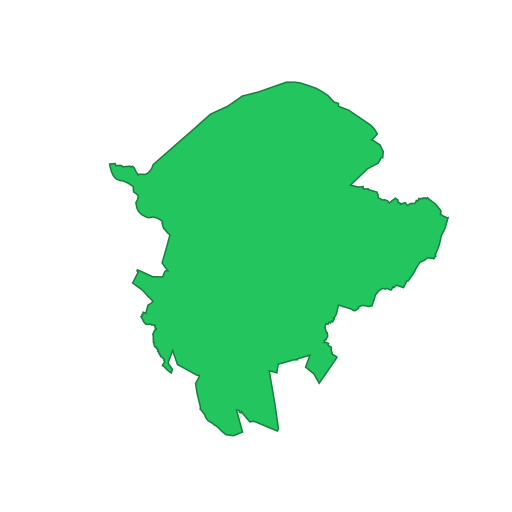 the district of Kota Palembang, Sumatera Selatan, Indonesia, rotated 110°
{"feature_id": "22746128B87825164980488", "entity_name": "Kota Palembang", "entity_type": "district", "adm_level": 2, "iso_a3": "IDN", "parent_name": "Indonesia", "parent_adm1": "Sumatera Selatan", "projection": "orthographic", "projection_center": [104.768, -2.979], "detail": "fine", "context": "isolated", "style": "filled", "palette": "green", "viewbox_px": 512, "rotation_deg": 110, "n_neighbors": 0, "source": "geoboundaries", "source_scale": "gbopen_adm2", "svg_char_len": 6009}
<svg xmlns="http://www.w3.org/2000/svg" viewBox="0 0 512 512"><g transform="rotate(110 256 256)"><path d="M110.4,323.6L124.8,333.7L138.5,347.5L138.9,347.6L151.9,354.7L152.3,354.8L205.3,383.9L208.2,383.8L211.6,384.5L215.1,386.0L216.3,387.1L217.4,388.4L218.7,392.8L219.2,393.7L220.2,394.6L217.9,397.4L214.9,400.5L213.9,402.6L215.2,404.2L214.6,404.9L217.8,411.8L217.1,412.8L217.0,413.7L218.9,418.7L217.3,420.0L219.6,425.0L222.7,423.2L226.6,420.3L228.9,418.0L230.3,416.1L231.2,413.9L231.5,413.0L231.6,409.5L230.9,406.8L231.2,401.9L232.1,397.5L232.6,395.7L233.0,394.9L235.8,393.9L237.7,392.7L238.0,392.0L238.4,390.0L238.9,388.9L239.4,387.7L240.4,387.0L243.5,386.6L245.0,386.8L246.5,387.1L247.2,387.0L251.3,384.6L252.7,383.4L254.0,382.0L255.3,379.7L255.8,380.0L255.3,379.7L256.2,377.7L256.7,374.2L256.9,371.2L256.8,370.0L254.7,366.6L254.3,364.3L254.2,361.5L254.5,359.8L255.2,356.6L255.5,355.8L256.0,355.2L256.9,356.0L256.8,355.9L257.4,355.3L259.3,354.1L261.5,352.4L262.5,350.4L264.4,347.3L265.6,344.1L279.7,342.9L294.6,341.9L300.1,333.8L300.6,335.4L301.3,336.4L301.2,336.4L307.6,336.6L310.8,345.9L309.6,360.3L309.6,362.7L310.0,362.9L310.2,362.6L311.2,362.3L311.5,361.2L323.6,362.7L326.9,351.1L331.3,342.9L331.4,342.1L333.9,337.3L336.5,338.6L339.2,340.7L346.9,340.0L347.5,339.6L347.4,342.8L349.9,342.5L350.1,343.1L351.2,342.5L352.3,343.4L354.4,340.8L354.7,340.6L355.1,340.0L355.8,339.7L357.6,336.7L357.8,336.2L357.3,334.4L356.7,333.0L356.6,332.9L356.0,332.2L356.3,330.9L356.6,330.6L355.9,328.4L355.6,327.1L356.0,326.9L356.8,326.9L357.2,326.2L357.6,326.1L358.1,326.2L358.4,324.9L358.7,324.9L359.0,324.7L359.3,325.1L359.5,324.9L359.7,325.1L359.9,325.5L360.5,325.8L361.4,326.0L361.7,325.8L362.4,326.1L363.4,326.0L363.5,325.9L363.8,325.9L364.0,326.2L364.7,326.2L364.8,325.9L365.4,325.8L365.8,325.6L366.1,325.2L367.0,325.0L367.7,324.6L368.2,324.5L368.9,324.1L369.5,324.1L369.9,323.5L370.3,323.4L370.8,323.5L371.8,323.1L372.0,322.8L372.0,322.5L372.2,322.4L372.5,322.7L372.8,322.4L372.7,322.0L372.8,321.8L373.3,321.6L373.9,321.6L374.6,321.2L375.7,320.1L375.7,319.6L375.9,319.5L375.7,319.1L376.1,318.9L376.0,318.6L376.5,318.2L377.4,316.9L377.1,316.6L377.1,316.4L377.9,315.9L378.2,315.9L378.7,315.5L379.0,315.6L378.9,315.2L379.4,315.2L379.7,314.9L379.8,314.5L380.4,313.8L380.4,313.5L381.0,313.6L381.3,313.4L381.2,313.2L381.8,312.5L381.9,311.7L382.4,311.8L382.7,311.6L383.3,310.7L383.3,309.7L384.6,306.8L384.8,306.7L385.5,307.0L385.7,306.8L386.0,306.2L386.4,305.8L386.9,305.7L390.9,306.5L391.8,303.6L393.1,301.2L393.9,299.2L394.8,296.4L394.9,295.6L391.6,295.6L391.2,295.8L390.9,296.0L387.4,301.2L386.4,301.9L385.5,302.1L373.4,302.0L384.8,292.7L388.3,270.4L387.5,268.4L388.1,268.1L389.8,268.2L396.4,269.2L402.0,266.2L406.0,263.9L416.1,257.1L418.1,256.2L418.3,256.0L418.5,256.2L419.1,256.1L419.5,254.9L422.9,249.6L423.9,249.0L425.0,247.9L427.1,244.9L428.0,240.0L429.1,237.1L429.2,235.6L429.8,233.6L430.4,232.1L432.6,227.8L434.2,223.1L432.6,215.7L426.0,208.4L425.8,208.6L407.3,221.7L406.7,219.3L408.5,218.1L408.5,216.3L407.2,216.3L408.4,214.7L414.0,205.1L412.0,201.2L413.2,176.0L410.9,175.7L390.4,186.6L359.3,204.3L358.7,196.5L350.1,198.1L340.8,185.2L339.3,181.6L338.6,182.1L330.8,171.4L343.5,171.4L347.1,161.1L354.0,153.1L323.7,145.2L323.2,145.5L323.0,146.0L323.0,146.4L322.8,146.7L322.3,150.4L321.8,150.8L321.6,151.1L321.1,151.5L320.7,151.5L320.4,151.7L319.7,152.5L318.8,153.3L316.6,153.6L316.0,154.1L315.7,154.7L315.8,156.3L315.2,157.3L314.5,158.1L313.4,157.9L313.3,159.5L313.1,161.1L314.3,161.9L314.2,162.2L313.4,162.8L312.4,162.9L310.9,162.3L311.0,161.7L306.8,161.2L306.5,161.3L304.9,162.2L304.3,162.8L303.7,162.8L303.5,163.6L302.8,164.4L302.5,164.4L302.3,165.0L299.6,166.6L299.6,166.9L295.7,167.3L295.7,165.0L293.3,164.7L293.5,163.1L291.4,162.6L291.7,161.5L290.0,161.1L289.0,161.1L289.0,161.3L287.6,161.2L287.7,162.0L285.4,160.9L283.3,160.6L274.0,161.7L273.6,158.1L273.8,157.2L273.5,155.5L273.6,154.0L273.4,152.2L273.3,149.2L273.9,145.0L273.3,144.1L272.5,143.3L270.0,141.8L269.1,142.2L266.8,140.2L265.8,138.3L265.6,137.5L265.6,136.5L265.1,135.5L265.2,133.7L264.7,132.4L264.3,131.7L264.0,131.6L263.2,129.9L260.9,130.1L260.3,130.0L259.4,130.2L258.8,130.1L256.3,130.1L251.8,130.4L246.5,128.6L245.9,128.0L245.0,127.6L243.2,125.6L242.8,124.8L243.0,123.3L241.7,122.2L241.9,117.5L239.4,116.8L238.1,116.7L238.5,115.7L235.4,114.0L235.3,106.6L227.6,105.6L227.4,104.5L219.3,102.2L216.5,101.8L216.5,101.6L214.8,101.6L212.6,101.3L205.8,99.8L205.4,99.2L203.2,97.2L202.7,96.4L200.9,95.3L198.9,94.3L199.0,93.5L198.4,92.3L198.5,91.1L198.4,90.6L197.6,89.2L197.9,88.0L197.3,87.5L196.0,87.8L195.7,87.7L194.8,87.0L194.4,87.5L193.0,87.7L192.9,88.1L192.1,88.2L191.6,87.8L191.1,87.8L184.5,87.5L177.4,88.2L174.7,88.7L171.7,88.6L167.3,88.0L164.0,87.9L154.4,88.6L154.8,89.0L154.5,91.1L154.6,92.3L154.4,93.4L154.4,94.3L154.1,94.7L154.2,95.5L153.7,97.0L152.8,96.8L152.1,97.3L150.8,97.4L149.8,98.4L145.7,105.3L143.7,112.0L142.5,114.9L144.1,115.6L143.5,116.6L144.2,118.8L145.4,119.2L145.3,120.5L146.3,121.4L146.1,122.1L146.3,122.8L148.6,122.5L148.9,122.9L148.9,124.4L150.7,124.3L152.0,124.8L152.6,125.2L152.9,126.2L152.9,126.8L153.9,128.8L154.1,128.8L154.8,129.6L155.2,129.8L156.5,130.8L156.4,131.5L155.7,132.7L155.7,133.0L155.2,133.8L154.9,133.8L155.8,135.7L156.1,136.0L156.9,136.3L157.2,137.3L157.5,137.2L158.1,138.0L156.9,138.8L156.9,140.5L154.6,142.1L154.8,142.5L153.9,144.7L157.8,147.3L160.4,148.7L160.1,149.3L160.2,149.5L159.9,150.3L159.6,150.4L159.4,150.6L159.1,152.2L159.2,153.7L159.1,154.4L159.6,154.6L160.0,156.5L159.6,159.7L159.6,160.9L158.1,161.5L157.3,162.1L156.7,162.2L155.9,163.3L155.6,163.5L155.3,164.1L154.6,164.2L155.2,173.3L154.5,173.6L156.4,178.2L156.6,178.2L154.1,179.1L155.4,181.5L156.3,183.9L157.1,191.5L135.7,180.9L126.9,172.9L120.6,171.9L120.3,170.5L114.4,172.1L109.2,177.4L107.5,184.8L107.5,186.9L99.9,183.6L96.2,188.1L93.9,192.7L87.3,218.8L87.1,229.8L84.4,230.7L84.7,235.2L80.7,243.0L79.1,249.4L77.8,256.9L78.2,273.5L79.5,279.4L82.3,287.0L101.0,309.8L110.4,323.6Z" fill="#22c55e" stroke="#15803d" stroke-width="1.5"/></g></svg>